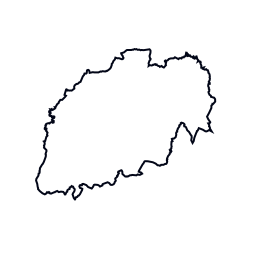 the district of Trinidad García de la Cadena, Zacatecas, Mexico, rotated 200°
{"feature_id": "50627088B14065346793117", "entity_name": "Trinidad García de la Cadena", "entity_type": "district", "adm_level": 2, "iso_a3": "MEX", "parent_name": "Mexico", "parent_adm1": "Zacatecas", "projection": "natural_earth1", "projection_center": [-103.511, 21.223], "detail": "fine", "context": "isolated", "style": "outline", "palette": "ink", "viewbox_px": 256, "rotation_deg": 200, "n_neighbors": 0, "source": "geoboundaries", "source_scale": "gbopen_adm2", "svg_char_len": 5831}
<svg xmlns="http://www.w3.org/2000/svg" viewBox="0 0 256 256"><g transform="rotate(200 128 128)"><path d="M160.0,195.9L159.4,195.1L157.5,193.8L157.2,193.1L156.2,192.3L156.3,191.5L156.6,190.9L157.4,190.5L160.4,190.5L161.6,189.9L163.9,189.8L163.8,187.9L164.6,186.0L164.7,183.8L165.2,182.6L164.8,181.6L164.8,178.8L165.4,177.1L167.1,174.5L167.9,174.3L168.2,173.6L168.8,173.3L171.5,172.6L172.5,171.7L173.2,171.7L174.8,170.1L178.4,168.8L180.2,168.4L182.9,166.7L184.0,168.5L184.8,169.0L185.3,169.0L186.1,168.4L186.2,167.9L185.6,165.6L186.0,164.8L187.5,164.3L187.5,162.6L188.1,161.1L188.4,155.1L189.5,154.1L189.9,152.9L190.7,152.1L191.5,151.8L192.7,149.8L192.7,148.3L191.9,146.7L193.7,143.9L195.2,143.5L196.1,143.0L197.3,143.0L197.8,142.5L198.9,143.3L199.3,143.0L199.0,137.4L197.3,137.1L197.8,135.6L199.5,131.9L201.2,131.3L201.9,128.6L201.7,127.8L202.9,125.8L202.8,125.0L203.4,122.9L203.9,122.6L203.1,122.1L203.4,121.2L205.0,119.2L205.9,119.4L206.2,119.7L206.7,119.0L207.5,118.9L206.6,117.9L207.0,117.4L207.7,117.0L207.8,116.7L207.5,115.9L207.2,115.6L206.0,115.9L205.7,115.2L206.3,113.8L206.4,113.4L206.0,112.8L205.2,112.6L203.9,113.2L203.3,112.2L202.6,112.5L201.7,113.6L201.1,113.5L200.8,112.6L200.9,112.1L202.1,110.6L202.3,109.6L201.8,109.1L200.2,109.2L199.8,108.1L199.8,107.7L200.5,107.2L201.1,107.5L201.8,107.4L202.9,106.5L203.3,105.4L204.5,105.3L205.6,104.4L206.2,103.9L206.5,102.3L205.9,102.0L206.1,101.2L205.6,100.4L206.2,99.8L206.0,98.7L205.4,98.4L204.3,99.1L204.0,97.3L203.2,97.1L202.7,96.4L202.1,96.2L201.8,93.9L201.1,93.4L201.1,93.0L201.7,91.9L201.4,87.6L202.3,86.8L201.7,86.6L201.9,86.2L201.3,85.6L200.8,84.5L200.7,83.6L201.0,82.9L200.2,81.5L200.2,80.8L197.2,79.4L196.7,78.5L196.6,75.3L196.0,74.8L195.5,72.9L195.5,67.5L195.8,65.1L196.2,64.3L197.0,60.1L196.5,58.4L196.5,57.2L196.1,56.9L195.8,55.7L195.9,55.0L196.4,54.6L195.9,52.6L196.7,48.9L196.4,47.2L194.2,44.5L192.7,41.7L191.9,40.8L191.7,39.9L189.4,38.6L186.0,37.4L183.5,37.2L182.6,38.2L182.1,40.0L181.0,39.8L180.4,40.8L179.9,40.7L179.2,39.9L177.9,40.0L175.2,42.5L174.8,42.6L174.5,43.2L173.0,44.6L171.1,44.1L169.2,45.3L167.0,45.8L165.9,45.2L164.7,44.0L164.1,44.2L163.9,46.6L163.3,47.4L163.7,48.5L163.6,49.0L162.8,50.2L162.1,50.6L162.4,52.2L161.9,52.4L161.2,54.0L160.7,53.7L160.0,54.2L159.4,54.0L158.8,53.1L157.5,52.6L156.9,51.7L156.8,50.0L157.3,48.1L157.4,46.7L155.0,43.7L153.5,42.7L153.3,42.8L153.3,45.0L152.1,45.9L151.8,47.2L151.1,47.7L150.5,49.4L149.9,54.0L150.1,55.2L151.0,55.4L152.4,55.2L153.7,56.4L153.7,57.6L153.2,58.1L151.8,58.3L151.6,58.8L151.7,59.8L150.8,60.2L147.6,60.1L145.3,58.9L141.4,58.7L140.7,61.0L140.6,62.7L139.9,63.4L136.9,64.2L135.2,63.9L134.3,63.4L132.4,65.3L132.7,66.2L132.5,66.7L128.6,70.0L126.7,69.8L125.0,68.7L123.6,69.0L122.3,70.2L121.9,71.4L122.0,72.6L121.5,73.9L121.5,74.4L122.2,75.1L122.7,76.2L121.6,78.3L121.9,79.2L121.3,79.7L121.6,80.2L121.1,82.4L122.1,82.8L122.2,83.7L120.3,85.6L119.9,86.0L119.3,85.9L118.4,85.0L117.5,82.9L114.1,81.5L113.0,81.7L112.4,82.3L111.6,82.3L109.9,84.3L108.8,84.7L108.1,85.3L103.9,86.4L103.1,87.6L101.4,87.8L100.6,88.2L99.1,89.9L100.2,90.6L103.0,90.6L103.1,91.3L101.8,99.0L101.4,99.8L101.1,102.1L100.7,102.6L98.1,103.5L92.9,104.3L89.7,104.0L87.5,103.1L86.2,103.5L85.2,103.4L84.6,103.9L84.3,104.7L82.0,105.6L80.9,106.9L79.9,107.3L79.6,107.9L79.6,109.7L80.4,110.8L80.2,111.8L80.4,112.2L80.8,112.2L80.9,112.8L80.7,115.5L79.9,117.5L80.2,118.7L79.5,119.6L80.4,120.7L79.6,120.6L79.3,121.0L79.8,121.6L80.6,121.6L80.9,121.9L81.0,122.3L80.6,122.7L80.3,123.7L80.7,124.8L80.6,125.4L81.5,126.9L82.4,129.9L81.6,130.8L82.6,131.8L82.5,132.3L83.0,132.8L82.6,133.2L81.3,133.7L80.1,135.6L80.3,138.1L81.0,139.5L81.1,140.4L80.5,141.4L81.0,142.3L80.8,144.0L81.0,144.4L80.2,147.0L80.7,147.8L80.7,148.2L79.7,149.4L80.1,150.7L79.6,151.3L77.6,151.4L76.5,151.0L76.1,150.7L76.1,149.4L75.7,148.8L74.5,148.9L73.7,148.5L71.5,146.1L69.3,145.2L66.8,143.1L65.6,142.4L64.9,140.9L64.4,138.1L62.2,136.0L61.8,138.2L62.3,141.5L62.2,147.4L62.0,147.9L62.2,148.7L61.6,149.5L61.4,152.1L57.1,152.0L54.3,151.4L53.4,151.5L52.4,152.2L51.1,153.8L48.2,153.4L50.9,155.6L51.3,156.7L52.4,157.2L52.6,158.5L54.2,159.8L52.9,160.6L52.7,161.6L55.6,163.7L57.6,165.7L57.0,169.8L56.5,175.3L57.3,177.6L56.7,178.8L56.9,179.6L56.2,179.8L55.1,182.6L56.0,184.9L57.4,185.9L60.7,185.7L61.2,186.7L62.8,187.1L64.4,188.8L64.7,189.5L64.3,190.3L64.8,192.1L65.4,192.3L65.8,193.6L66.8,194.5L67.3,195.7L67.4,197.0L66.3,197.4L66.6,198.3L67.9,199.0L67.6,201.0L68.1,202.9L68.7,203.5L68.7,204.3L69.5,205.9L70.4,207.0L71.4,207.4L71.8,208.5L72.7,209.5L73.1,209.3L74.7,210.0L75.6,209.1L77.8,209.2L77.5,210.8L78.9,209.8L79.8,209.7L80.5,211.9L81.9,213.2L82.1,214.6L82.5,215.0L82.9,214.5L84.5,215.3L85.1,214.5L85.1,215.7L86.3,216.3L88.1,218.7L88.4,218.5L88.3,216.6L88.6,216.5L88.8,216.9L89.0,216.8L89.5,215.2L89.7,216.4L90.2,217.3L90.8,217.7L91.0,217.2L90.7,216.4L91.1,216.2L91.9,216.9L93.3,216.5L94.6,217.4L95.1,216.7L96.0,217.3L96.2,216.3L96.6,216.0L97.0,216.3L97.1,217.3L97.5,218.0L98.1,218.0L98.5,218.8L99.1,218.7L98.5,215.1L99.6,214.5L99.7,213.5L101.2,213.0L101.5,211.6L102.6,211.6L103.7,211.1L104.1,210.0L108.1,210.5L108.9,209.1L111.6,208.0L113.2,206.8L113.8,205.3L115.0,204.0L115.8,204.3L116.2,203.9L116.3,203.5L116.0,203.1L114.8,202.9L114.6,202.6L114.8,202.2L114.5,201.9L114.5,200.9L113.8,200.1L115.0,197.1L116.5,197.2L117.6,197.8L118.9,196.5L119.1,196.8L121.0,196.7L122.4,197.0L122.8,197.5L123.4,197.3L123.6,196.8L123.8,196.8L124.2,197.3L125.0,196.9L125.8,195.9L126.2,195.9L126.5,195.3L127.2,194.8L129.1,194.5L129.8,193.5L130.0,194.7L130.8,195.8L130.8,198.8L130.3,199.9L130.4,200.7L131.2,201.1L132.4,203.0L132.6,206.2L133.2,208.2L133.6,208.7L134.7,209.3L139.9,206.5L142.1,205.9L142.7,205.4L144.3,205.5L145.5,204.8L147.1,205.0L147.6,204.5L148.9,204.4L149.9,203.3L150.5,203.2L151.6,202.4L155.3,201.1L155.9,200.7L157.7,197.6L160.0,195.9Z" fill="none" stroke="#020617" stroke-width="2"/></g></svg>